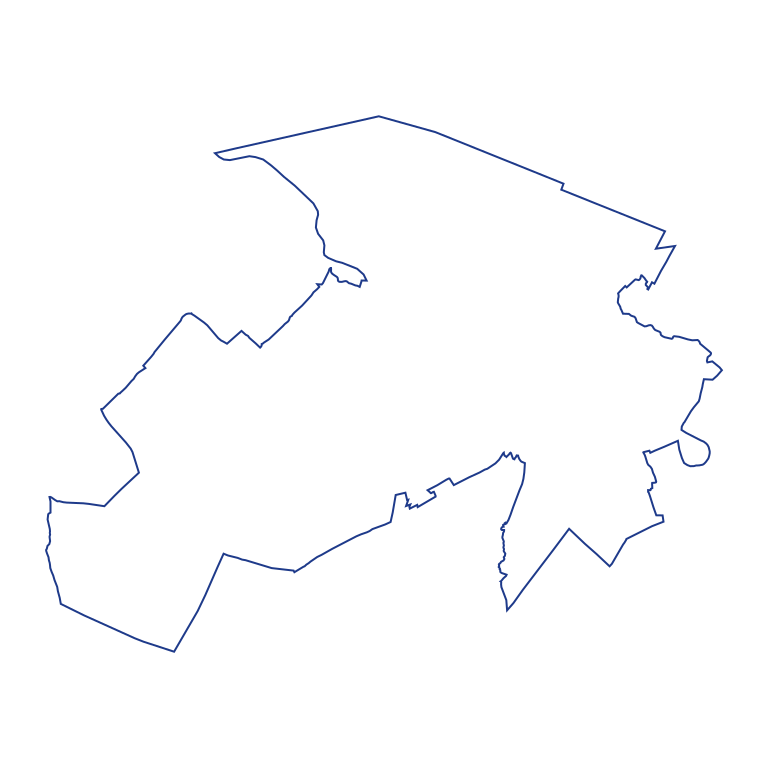 outline of Siret, Suceava, Romania
{"feature_id": "2599482B44067509189222", "entity_name": "Siret", "entity_type": "district", "adm_level": 2, "iso_a3": "ROU", "parent_name": "Romania", "parent_adm1": "Suceava", "projection": "albers", "projection_center": [26.077, 47.951], "detail": "fine", "context": "isolated", "style": "outline", "palette": "blue", "viewbox_px": 768, "rotation_deg": 0, "n_neighbors": 0, "source": "geoboundaries", "source_scale": "gbopen_adm2", "svg_char_len": 6086}
<svg xmlns="http://www.w3.org/2000/svg" viewBox="0 0 768 768"><path d="M693.9,466.1L696.1,465.5L699.1,465.4L702.7,464.7L704.2,463.7L705.9,461.9L708.2,458.7L708.7,457.5L709.3,455.3L709.7,453.2L709.7,451.3L708.7,447.2L707.6,445.1L706.2,443.5L703.7,441.6L700.8,440.4L686.2,432.9L681.5,429.9L681.8,426.5L683.8,422.8L684.4,422.3L690.9,411.3L693.9,407.2L698.8,401.3L699.6,398.7L700.7,393.2L702.3,387.1L702.8,384.1L703.9,379.2L712.6,379.7L717.1,375.7L721.9,370.2L719.6,367.4L712.3,361.4L707.4,362.4L706.9,361.0L707.6,357.4L708.0,356.9L710.0,355.4L710.6,354.7L711.0,353.7L711.0,353.1L710.5,352.4L700.1,343.7L699.8,342.6L699.3,341.6L698.3,340.5L697.6,340.0L692.3,340.3L687.9,339.4L679.1,336.8L674.1,336.2L673.3,336.7L672.5,338.4L671.7,338.8L664.6,337.2L662.5,336.2L661.1,335.1L660.8,334.5L660.5,332.7L659.6,331.8L655.2,330.0L653.8,328.5L652.9,326.9L651.9,325.6L650.5,325.1L648.8,325.3L646.4,326.2L644.6,326.4L638.2,323.0L636.9,322.1L635.6,318.2L634.5,316.8L631.2,315.7L628.9,313.9L623.0,313.7L621.3,309.8L620.7,308.8L620.2,306.7L618.2,303.3L617.8,302.3L618.2,298.5L618.6,296.9L618.6,295.2L618.1,293.4L620.2,291.1L625.2,286.0L626.7,287.4L635.0,279.7L635.7,279.4L638.7,280.1L639.4,279.7L640.2,278.7L640.6,277.7L640.7,276.6L641.3,275.3L641.7,275.3L644.4,278.0L646.3,280.8L647.2,281.7L646.9,282.4L646.2,283.0L645.8,283.8L645.8,285.0L648.0,287.3L647.4,289.0L648.2,289.5L652.0,282.3L654.4,283.7L661.0,270.9L666.4,261.7L669.5,255.8L675.0,246.0L655.9,248.7L665.0,231.3L561.3,189.7L563.5,183.7L533.8,171.7L435.3,132.1L378.8,116.3L237.2,148.1L215.0,153.2L219.2,157.0L223.8,159.5L229.9,160.1L249.4,156.2L255.5,157.1L263.2,159.5L271.1,165.4L277.2,170.6L283.9,176.8L294.7,185.6L313.4,203.4L317.8,211.2L318.1,214.8L316.6,220.2L315.9,227.5L318.1,233.8L323.2,240.4L324.4,245.4L323.8,252.3L324.4,255.1L328.2,257.9L336.1,261.3L342.1,262.8L357.2,268.8L363.6,274.5L366.6,280.6L361.6,280.5L361.3,281.9L359.7,286.9L357.5,285.8L355.3,285.4L351.2,283.7L349.0,283.2L346.7,281.3L345.6,281.1L344.2,281.3L341.8,281.9L339.4,281.8L338.5,281.3L338.1,280.8L337.9,280.1L337.9,279.1L337.6,277.8L336.9,276.9L333.8,274.9L332.2,273.7L331.5,272.8L331.1,272.0L331.0,270.9L331.1,269.1L331.0,268.0L330.5,268.0L329.3,269.2L328.7,271.5L322.9,283.2L321.7,284.5L317.3,284.2L319.3,286.9L317.0,289.3L313.5,292.3L311.5,295.4L302.1,305.6L294.4,312.6L292.4,314.8L292.0,315.8L290.3,316.7L289.8,317.5L289.0,320.1L288.0,321.5L284.7,324.1L282.9,326.1L268.7,339.5L263.9,342.6L262.8,343.6L261.7,344.0L261.7,345.1L261.2,346.5L260.1,347.6L255.7,343.4L249.4,337.9L248.0,335.9L245.7,334.7L241.5,330.9L227.0,343.7L223.5,341.7L221.1,340.5L218.2,338.1L207.3,325.3L204.0,322.5L194.5,315.7L191.9,314.1L191.5,313.4L191.1,313.6L188.7,313.5L186.8,313.9L185.7,314.4L183.0,316.5L182.2,317.4L181.3,319.1L181.1,319.9L180.4,321.1L164.9,339.4L154.5,352.1L153.6,353.8L151.2,356.8L143.3,365.7L145.4,368.1L138.9,372.3L137.0,373.9L135.2,376.3L133.7,378.9L131.5,381.0L125.7,387.8L120.1,393.0L120.0,393.3L119.6,393.5L118.3,393.7L102.9,408.8L101.3,409.0L101.2,409.6L104.1,415.8L106.4,419.6L108.7,422.9L111.4,426.3L125.9,442.5L130.7,448.6L132.5,452.1L138.9,472.7L121.4,489.0L114.3,496.0L104.4,506.2L88.8,503.9L83.3,503.3L66.8,502.6L63.3,502.2L59.4,501.2L57.3,501.3L55.2,500.1L51.4,497.4L50.2,496.9L49.5,497.0L50.5,501.5L50.5,512.6L48.6,513.7L48.2,514.3L47.6,519.5L49.8,529.0L50.0,531.3L49.8,532.9L50.1,534.7L49.6,536.3L49.6,537.3L50.1,541.1L49.3,544.1L47.5,545.9L46.8,548.8L46.1,550.0L46.2,550.9L47.0,553.4L48.5,557.2L48.9,560.2L49.7,562.9L50.0,565.0L50.3,568.1L51.6,571.8L53.2,575.5L54.5,580.0L57.2,586.9L57.9,591.2L59.7,597.8L60.8,603.9L84.3,615.5L134.6,638.2L143.5,641.7L174.1,651.7L197.7,611.0L205.3,595.1L217.5,567.2L223.6,553.7L228.0,555.5L237.7,557.9L242.1,559.6L245.6,560.2L271.7,568.1L293.6,570.6L294.4,572.2L303.5,566.7L304.6,566.3L306.4,564.6L308.6,563.2L310.5,561.6L317.2,557.0L321.5,554.9L332.3,548.8L356.4,536.3L361.1,534.3L366.9,532.3L369.7,531.0L372.4,529.1L385.1,524.5L390.6,522.0L392.7,512.5L395.7,495.0L405.4,492.7L407.1,500.0L408.3,499.7L406.1,506.0L410.3,504.5L409.4,506.8L409.8,508.6L417.2,504.9L417.7,507.1L435.6,496.6L435.6,495.8L433.9,491.8L433.1,492.0L431.3,493.1L430.7,493.1L430.1,492.4L427.6,490.2L437.3,485.2L446.4,479.7L448.8,478.5L449.5,478.5L453.8,485.1L469.3,477.2L479.6,472.5L484.8,469.6L487.3,468.8L495.4,463.4L499.1,459.7L502.8,453.9L503.4,453.0L503.8,452.7L503.9,453.7L504.5,455.5L504.7,455.8L505.8,456.3L506.4,457.0L509.1,454.3L509.8,453.2L510.5,452.7L511.0,453.1L512.9,458.5L513.3,458.9L514.4,459.3L514.8,458.3L515.7,457.4L516.7,455.4L518.1,455.6L518.3,456.7L519.4,459.2L520.8,461.1L521.5,461.7L524.9,463.1L524.3,472.4L523.4,478.9L522.1,484.1L519.5,490.3L513.2,507.0L510.5,514.8L508.5,519.9L506.5,523.3L505.5,522.6L504.9,523.1L505.4,523.7L505.2,524.1L503.8,524.5L503.1,524.9L503.1,525.8L503.4,526.0L503.6,526.7L502.8,526.8L501.7,527.5L501.2,528.6L501.2,529.4L501.9,530.0L504.1,530.0L504.1,530.9L503.9,531.6L503.1,533.0L502.9,534.8L502.4,536.9L502.4,537.9L503.7,541.1L503.8,541.7L503.7,542.3L503.4,542.9L503.9,545.6L503.4,547.2L503.5,547.9L504.0,548.9L504.0,549.4L503.7,550.7L503.8,551.3L505.3,553.6L504.9,555.8L503.8,557.1L503.8,557.6L504.3,558.6L504.3,559.2L503.5,560.5L501.1,561.8L500.4,563.0L499.2,563.8L499.2,564.6L498.9,564.8L499.2,566.3L498.7,567.0L499.9,568.5L499.7,569.4L500.3,570.1L500.3,571.8L500.6,572.3L501.9,573.1L506.6,574.7L506.1,575.9L503.5,578.2L501.1,581.1L500.6,581.4L501.0,581.7L501.2,582.4L501.1,584.4L501.4,587.1L506.3,600.1L507.1,610.3L513.4,603.1L522.8,589.9L552.9,550.4L569.1,528.8L584.9,543.8L596.6,554.1L609.6,566.3L611.9,563.8L623.1,544.5L624.5,542.6L626.0,540.1L626.4,539.0L652.0,526.2L663.5,521.7L662.6,515.4L656.3,515.3L653.5,507.4L649.9,495.9L648.6,492.3L648.1,491.9L648.1,490.1L650.3,490.2L650.7,489.8L650.7,489.3L650.9,488.8L652.3,488.1L652.1,483.8L652.2,482.9L654.9,482.7L656.0,482.3L656.2,481.6L654.9,476.8L653.0,472.7L651.9,468.9L650.4,466.7L648.2,464.8L647.3,463.1L645.3,456.5L644.6,454.7L643.3,452.4L643.4,452.2L649.4,450.7L650.3,452.8L655.0,450.6L664.2,446.8L677.9,440.8L679.3,449.6L681.9,458.0L684.1,463.0L687.4,465.1L690.3,466.2L693.9,466.1Z" fill="none" stroke="#1e3a8a" stroke-width="2"/></svg>